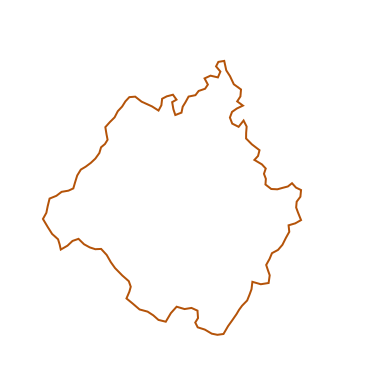 Santo Antônio do Grama, Minas Gerais, Brazil, rotated 124°
{"feature_id": "56859067B72216999102228", "entity_name": "Santo Antônio do Grama", "entity_type": "district", "adm_level": 2, "iso_a3": "BRA", "parent_name": "Brazil", "parent_adm1": "Minas Gerais", "projection": "robinson", "projection_center": [-42.611, -20.321], "detail": "fine", "context": "isolated", "style": "outline", "palette": "amber", "viewbox_px": 384, "rotation_deg": 124, "n_neighbors": 0, "source": "geoboundaries", "source_scale": "gbopen_adm2", "svg_char_len": 1930}
<svg xmlns="http://www.w3.org/2000/svg" viewBox="0 0 384 384"><g transform="rotate(124 192 192)"><path d="M292.1,86.5L283.0,87.1L276.0,86.9L268.3,86.8L263.4,87.1L258.2,86.9L251.1,85.6L245.0,86.9L239.3,88.3L232.7,91.7L230.0,83.4L224.6,77.6L217.6,81.0L214.4,85.3L211.0,89.7L204.0,90.3L198.0,91.5L191.9,88.3L185.2,87.5L177.6,88.5L170.6,89.1L165.6,93.3L160.3,88.9L154.3,85.9L149.7,92.7L146.6,97.0L141.5,99.8L135.3,99.5L129.4,102.7L130.2,108.2L128.8,114.0L133.8,115.6L138.0,119.3L142.0,122.7L145.2,128.0L144.7,135.3L139.8,138.1L136.7,142.5L131.3,144.0L130.0,149.5L130.5,158.2L125.2,157.4L119.6,159.4L119.0,169.1L117.4,177.1L112.8,180.1L107.2,183.3L103.9,189.2L111.9,189.8L112.8,196.9L109.1,202.2L103.2,203.6L97.7,201.5L91.9,198.1L91.6,205.2L85.7,205.3L79.6,208.7L79.3,217.6L74.7,225.3L72.0,231.6L65.3,238.6L69.4,242.9L74.4,242.3L76.3,235.8L82.5,234.6L85.2,241.7L90.8,245.1L94.1,238.9L99.1,238.9L104.5,243.0L109.8,243.3L114.8,248.2L121.4,247.6L126.5,247.4L132.1,245.1L137.5,248.9L133.8,253.7L128.6,258.7L124.1,256.5L122.0,262.2L126.8,266.4L131.4,268.9L137.2,265.9L143.2,265.3L143.4,273.0L145.3,284.3L144.7,292.4L148.4,297.0L154.1,297.9L160.2,297.7L166.5,298.7L173.4,297.9L180.0,299.2L186.7,300.1L191.9,295.2L195.9,291.2L200.9,291.0L205.8,292.4L211.5,290.6L218.4,290.8L224.5,292.2L230.5,294.3L235.6,296.7L242.5,296.4L249.8,294.2L255.4,292.4L260.0,295.2L264.8,300.2L271.0,302.3L277.1,306.4L284.7,303.6L290.7,301.1L297.7,300.5L301.8,291.8L305.0,284.5L306.1,276.6L309.6,272.3L313.1,268.6L306.1,265.2L299.4,263.7L294.3,259.9L295.7,252.3L295.1,245.8L293.5,240.2L290.0,235.5L291.9,227.5L295.6,220.0L298.1,213.3L300.2,203.1L301.3,194.5L304.8,189.8L309.6,188.2L316.9,186.8L317.6,179.3L318.7,169.8L316.0,161.9L315.9,155.1L316.8,148.3L314.2,141.2L304.2,141.8L295.7,140.6L293.2,132.7L288.4,127.6L287.3,121.1L293.2,116.5L298.4,116.3L301.0,111.6L298.9,104.5L298.4,96.4L296.2,91.1L292.1,86.5Z" fill="none" stroke="#b45309" stroke-width="2"/></g></svg>